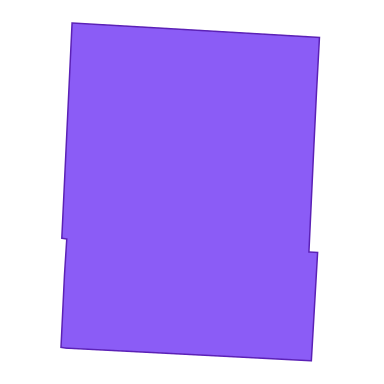 outline of Washburn, Wisconsin, United States of America, rotated 183°
{"feature_id": "52423323B30726124247740", "entity_name": "Washburn", "entity_type": "district", "adm_level": 2, "iso_a3": "USA", "parent_name": "United States of America", "parent_adm1": "Wisconsin", "projection": "robinson", "projection_center": [-91.775, 45.898], "detail": "fine", "context": "isolated", "style": "filled", "palette": "violet", "viewbox_px": 384, "rotation_deg": 183, "n_neighbors": 0, "source": "geoboundaries", "source_scale": "gbopen_adm2", "svg_char_len": 317}
<svg xmlns="http://www.w3.org/2000/svg" viewBox="0 0 384 384"><g transform="rotate(183 192 192)"><path d="M314.7,30.0L309.5,29.5L64.0,29.7L63.4,138.2L72.1,138.2L72.7,243.5L72.9,299.6L72.8,353.0L320.6,354.5L319.6,139.0L314.6,138.5L315.0,102.5L314.7,30.0Z" fill="#8b5cf6" stroke="#5b21b6" stroke-width="1.5"/></g></svg>